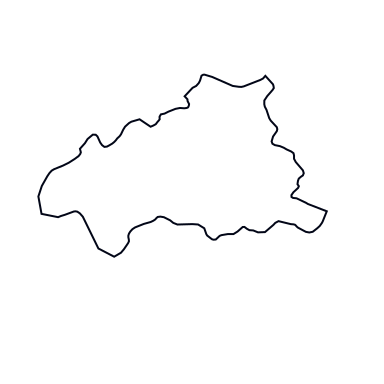 outline of Uri, rotated 51°
{"feature_id": "CHE-175", "entity_name": "Uri", "entity_type": "Canton", "adm_level": 1, "iso_a3": "CHE", "parent_name": "Switzerland", "parent_adm1": "", "projection": "orthographic", "projection_center": [8.637, 46.761], "detail": "fine", "context": "isolated", "style": "outline", "palette": "ink", "viewbox_px": 384, "rotation_deg": 51, "n_neighbors": 0, "source": "natural_earth", "source_scale": "10m", "svg_char_len": 2323}
<svg xmlns="http://www.w3.org/2000/svg" viewBox="0 0 384 384"><g transform="rotate(51 192 192)"><path d="M159.3,61.3L160.8,61.9L162.7,63.0L163.4,65.1L164.8,73.1L166.4,78.2L169.3,80.6L171.5,81.7L175.0,82.4L183.2,85.5L186.1,85.9L195.0,85.3L196.9,86.2L198.1,87.8L199.9,94.1L202.8,98.3L205.1,99.1L207.7,98.1L211.7,94.8L215.4,92.8L218.4,91.7L223.0,89.4L225.7,88.7L227.8,89.7L230.4,91.8L234.0,92.5L245.0,92.2L247.7,93.3L248.9,95.4L248.7,97.9L248.8,100.6L250.0,102.6L252.3,105.1L254.7,105.3L255.6,107.0L256.0,113.3L257.0,116.7L258.5,117.8L260.2,117.2L262.7,114.7L272.4,110.1L274.2,109.5L291.8,99.4L297.1,108.9L297.8,110.5L298.8,114.1L299.0,117.5L298.9,123.2L297.3,126.3L294.6,128.6L286.3,132.1L284.5,132.4L283.2,132.4L282.2,132.6L281.0,133.5L279.2,135.4L269.1,143.1L268.4,146.7L268.8,149.5L269.1,160.5L264.9,166.1L260.4,168.6L257.8,171.4L255.1,172.5L252.2,173.2L251.1,174.6L251.4,181.4L250.8,186.2L247.2,190.7L244.1,196.2L243.7,197.4L243.5,198.2L243.9,203.4L242.6,205.3L241.3,206.2L235.4,207.6L233.8,207.4L227.9,205.3L221.1,207.7L217.2,211.9L208.1,223.8L204.2,226.0L200.3,226.8L193.9,229.7L191.2,232.1L189.8,234.4L189.9,236.3L190.2,237.8L190.0,240.1L189.3,243.0L186.5,249.5L183.7,258.5L183.4,261.7L183.9,264.9L184.7,267.2L185.9,269.0L187.2,270.0L189.0,270.9L190.6,272.0L191.5,273.8L193.6,280.8L194.5,285.4L193.3,293.2L177.0,300.3L142.5,292.4L138.0,292.6L135.1,293.5L133.7,294.7L132.8,296.1L129.7,305.2L128.2,308.9L127.3,311.9L114.3,322.7L98.8,314.2L92.8,304.9L88.7,294.5L87.6,290.9L87.1,287.6L87.5,284.8L90.3,275.6L91.7,269.4L92.5,262.3L92.7,257.4L92.1,254.9L91.2,253.4L87.9,251.9L86.7,244.5L85.1,239.8L85.0,233.0L86.9,230.8L89.3,230.5L95.8,232.2L99.0,232.4L101.8,231.7L103.2,229.5L103.7,226.9L104.2,223.5L104.2,221.0L103.9,218.7L103.3,216.4L103.1,213.2L102.5,210.9L100.3,206.3L99.1,202.9L98.8,197.6L99.2,194.9L102.5,187.0L115.2,183.1L116.0,180.3L116.5,177.5L115.8,174.6L115.5,172.7L115.1,171.3L114.0,170.6L113.0,169.7L112.1,167.3L113.8,164.0L114.7,159.8L117.0,152.5L119.1,148.5L122.1,145.3L123.2,143.5L123.7,142.2L123.5,141.2L122.8,140.0L121.8,138.9L118.5,138.2L117.1,137.2L113.0,137.5L111.4,126.0L112.2,122.0L111.6,118.2L110.5,115.7L107.6,111.4L107.9,109.5L108.7,108.4L115.3,103.9L135.2,93.6L139.7,89.4L141.4,87.5L142.5,85.3L147.9,68.4L148.5,65.4L147.9,61.9L159.3,61.3Z" fill="none" stroke="#020617" stroke-width="2"/></g></svg>